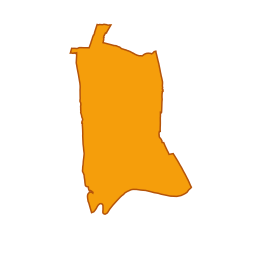 outline of Fauresti, Vâlcea, Romania, rotated 289°
{"feature_id": "2599482B59878510714092", "entity_name": "Fauresti", "entity_type": "district", "adm_level": 2, "iso_a3": "ROU", "parent_name": "Romania", "parent_adm1": "Vâlcea", "projection": "albers", "projection_center": [24.027, 44.573], "detail": "fine", "context": "isolated", "style": "filled", "palette": "amber", "viewbox_px": 256, "rotation_deg": 289, "n_neighbors": 0, "source": "geoboundaries", "source_scale": "gbopen_adm2", "svg_char_len": 5436}
<svg xmlns="http://www.w3.org/2000/svg" viewBox="0 0 256 256"><g transform="rotate(289 128 128)"><path d="M209.7,129.3L209.0,128.3L208.8,127.9L207.1,127.2L206.8,126.9L206.2,126.5L205.8,126.2L205.9,125.2L205.7,124.3L205.4,123.1L205.3,122.6L205.0,122.2L204.7,121.4L204.1,120.6L203.2,119.6L202.8,119.3L202.3,118.9L201.1,118.2L200.9,118.1L200.7,117.7L200.6,117.0L200.2,115.8L200.0,115.3L199.9,115.0L199.9,114.9L199.9,114.5L199.8,114.2L199.9,113.7L199.9,113.3L199.9,113.2L199.7,112.9L199.9,112.0L200.0,111.0L200.0,110.6L200.1,110.1L200.2,109.9L200.3,109.3L200.3,108.7L200.5,108.5L200.5,108.2L200.4,108.0L200.5,107.8L200.6,107.2L200.7,106.6L200.9,105.4L201.0,104.9L201.0,104.6L201.0,104.3L201.0,103.6L201.1,103.1L201.0,102.5L201.0,101.9L201.1,101.3L201.1,100.8L201.1,100.3L201.0,99.6L201.0,97.6L200.9,96.5L201.0,95.8L201.7,94.0L201.7,93.7L201.8,93.0L201.7,92.6L201.7,92.3L201.9,90.6L201.9,89.9L201.4,87.7L201.2,87.3L201.4,87.1L200.6,76.6L201.3,76.6L202.5,76.3L202.9,76.4L203.8,76.2L204.3,76.0L205.5,75.5L205.6,75.8L205.9,75.8L206.0,75.7L206.2,75.4L206.7,75.3L207.6,75.3L207.8,75.5L208.0,75.5L208.5,75.4L208.9,75.5L209.6,75.7L210.2,75.7L210.5,75.7L210.6,75.8L210.8,76.2L210.6,76.2L210.7,76.3L210.8,76.7L211.9,76.7L219.9,78.3L219.8,78.0L219.5,77.2L219.2,76.7L218.8,75.9L218.7,75.2L218.7,74.4L218.7,73.8L218.5,73.1L218.4,72.2L218.2,71.5L218.0,71.1L217.5,70.5L217.2,69.7L217.0,69.0L216.7,67.8L216.6,67.4L216.2,67.0L216.0,66.6L215.8,65.1L207.6,65.3L207.2,65.3L206.8,65.5L206.3,65.5L205.2,65.4L204.7,65.4L204.5,65.1L202.1,65.0L200.6,65.1L199.2,65.1L197.5,65.1L196.1,65.2L191.2,65.1L190.3,62.4L189.4,59.8L189.3,59.3L188.3,56.2L188.0,55.6L187.1,54.7L186.6,54.0L186.4,53.5L186.1,52.2L185.8,51.2L185.1,49.3L185.0,48.8L180.1,49.1L180.3,49.5L180.5,50.0L180.5,50.7L180.6,51.1L180.7,51.6L180.8,51.9L180.9,52.0L181.1,52.2L181.2,52.4L181.2,52.6L181.4,52.8L181.7,53.1L181.8,53.3L181.7,53.4L181.4,53.5L181.3,53.9L181.3,54.0L181.5,54.2L181.7,54.3L181.9,54.3L182.1,54.6L182.4,54.9L180.3,55.7L172.9,57.8L171.9,58.3L170.6,59.1L169.4,59.7L167.6,60.7L166.4,61.4L165.0,62.2L162.8,63.5L156.9,66.7L154.8,67.9L153.4,68.5L152.4,69.0L150.4,69.7L148.3,70.3L146.1,71.1L143.3,72.1L140.6,73.1L139.7,73.4L139.2,73.4L138.5,73.6L137.7,73.9L137.4,74.0L137.1,74.3L136.8,74.6L136.6,74.9L135.9,75.3L135.1,75.7L134.5,75.8L134.4,75.9L133.1,76.1L132.4,76.4L131.4,76.8L130.9,77.0L129.9,77.3L128.6,77.9L128.2,78.1L127.3,78.2L127.1,78.3L126.3,78.9L125.4,79.6L124.8,80.0L124.0,80.4L123.3,80.8L122.5,81.6L121.6,82.2L121.1,82.4L120.7,82.5L119.7,82.4L118.9,82.4L117.6,82.7L117.7,83.2L117.5,83.4L115.8,83.9L115.2,84.2L111.8,85.6L107.6,87.2L105.9,87.7L104.4,88.3L98.1,90.8L95.0,92.3L93.6,92.9L89.5,94.9L85.7,95.8L83.7,96.2L81.9,96.6L79.0,97.4L76.3,97.9L74.7,98.4L72.7,98.9L72.1,99.2L71.8,99.4L71.5,99.8L71.1,100.2L70.8,100.5L70.2,100.9L69.9,101.2L69.4,101.7L68.9,101.9L68.3,102.2L67.6,102.5L66.4,103.1L65.5,103.6L64.3,104.2L62.3,105.1L60.4,106.1L59.7,106.5L59.6,106.8L59.4,107.0L59.3,107.3L59.3,107.5L59.2,107.8L59.2,108.0L59.2,108.3L59.3,108.5L59.3,108.9L59.3,109.7L57.8,110.4L57.2,110.8L56.1,111.8L56.3,111.9L56.7,112.6L56.6,113.3L56.4,114.3L56.0,114.9L55.8,115.8L55.0,115.9L55.1,115.6L55.3,115.1L55.3,114.6L55.3,114.2L55.2,113.8L55.1,113.3L54.8,112.9L54.6,112.6L54.3,112.4L53.8,112.1L53.3,111.9L52.9,111.7L52.4,111.7L51.9,111.6L51.2,111.7L50.7,111.8L50.0,112.0L48.6,112.6L47.3,113.3L46.6,113.7L45.9,114.0L45.4,114.4L44.9,114.9L44.3,115.4L36.1,121.1L37.6,122.9L39.4,123.6L41.5,124.2L43.7,124.5L45.3,124.9L47.1,125.9L47.7,127.0L47.6,128.6L46.7,129.5L45.1,130.1L42.5,131.0L41.2,131.3L39.6,131.9L39.2,132.6L38.9,133.6L39.3,134.7L41.0,136.1L45.6,137.2L50.1,138.8L56.2,141.4L60.4,143.3L62.0,144.2L62.5,144.5L63.7,145.4L65.5,146.1L67.6,147.8L69.5,149.8L70.1,150.4L70.4,150.7L70.8,151.3L71.2,151.9L71.7,153.0L71.9,153.5L72.3,154.9L72.6,155.6L73.2,158.6L73.5,160.3L74.7,165.0L75.2,170.4L75.4,173.7L76.1,177.7L76.2,180.9L76.7,184.7L77.4,190.3L78.1,192.6L79.2,196.4L81.4,200.1L83.2,202.0L84.9,203.6L86.4,204.7L89.4,205.6L91.6,206.9L92.7,207.2L93.1,206.6L93.9,205.9L94.9,204.9L95.6,204.3L96.5,203.5L97.4,202.6L98.5,201.6L99.2,200.8L102.5,197.4L103.6,196.2L104.2,195.5L105.2,194.4L107.7,191.8L108.9,190.4L109.9,189.2L111.7,187.2L113.1,185.6L116.5,181.5L117.5,180.3L117.9,179.7L118.1,179.4L118.4,179.2L118.5,179.1L118.4,178.9L116.4,175.4L117.7,174.3L118.1,173.9L119.6,172.3L123.3,168.7L125.8,166.5L125.7,166.1L125.6,165.7L125.4,165.0L126.0,164.7L126.6,164.3L126.8,164.3L127.1,164.1L128.1,163.0L128.4,162.6L129.5,160.8L129.8,160.6L130.3,160.2L130.8,160.0L131.4,159.8L131.5,159.8L131.6,159.6L133.2,159.0L135.0,158.8L135.1,159.1L135.3,159.6L137.0,158.9L139.5,158.1L140.6,157.8L143.1,157.0L148.2,155.2L149.4,154.9L150.3,154.6L151.8,154.1L153.5,153.5L153.6,154.0L153.7,154.4L153.6,154.6L153.8,154.6L156.6,153.8L159.5,152.9L163.7,151.6L166.1,151.0L168.0,150.2L170.0,149.5L170.8,149.3L171.5,149.0L171.8,149.0L172.5,149.0L172.9,148.8L173.4,148.6L173.8,148.5L174.0,148.6L174.0,148.9L174.0,149.0L174.3,149.2L174.5,149.1L174.7,148.9L174.6,148.7L175.2,148.7L175.3,148.7L175.5,148.5L175.8,148.4L175.9,148.2L175.9,147.9L176.0,147.8L176.4,147.7L176.6,147.6L177.6,147.6L177.9,147.4L178.3,147.1L178.6,147.0L179.2,146.7L179.7,146.6L181.5,146.1L181.9,146.0L182.5,145.7L183.1,145.5L183.4,145.3L185.4,144.1L186.1,143.7L186.4,143.5L187.2,143.0L187.9,142.5L189.5,141.6L190.8,140.8L193.8,139.1L198.9,136.1L200.7,134.9L207.0,130.9L208.6,129.8L208.9,129.8L209.7,129.3Z" fill="#f59e0b" stroke="#b45309" stroke-width="1.5"/></g></svg>